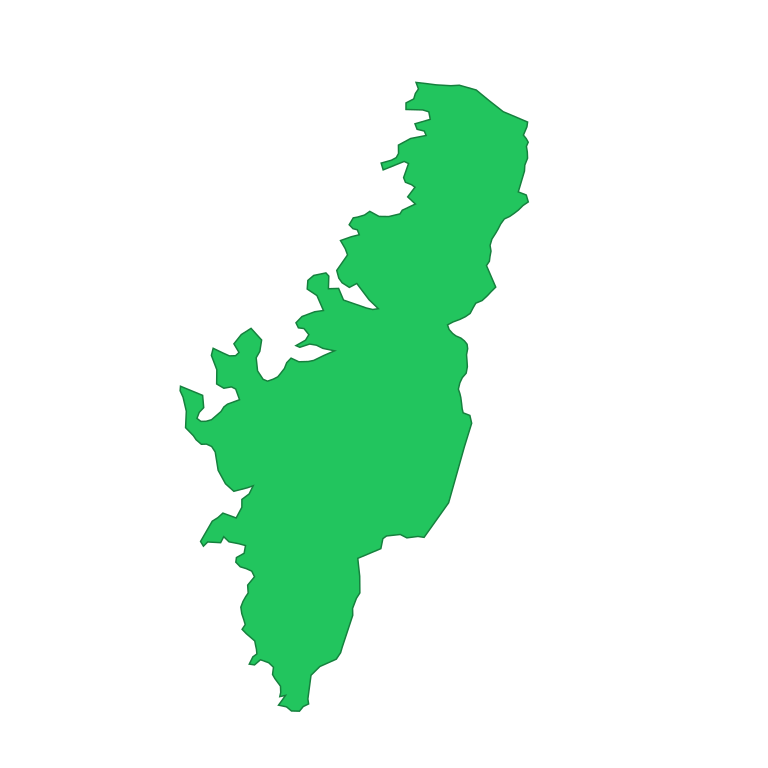 the district of São Nicolau, Rio Grande do Sul, Brazil, rotated 64°
{"feature_id": "56859067B99796327021212", "entity_name": "São Nicolau", "entity_type": "district", "adm_level": 2, "iso_a3": "BRA", "parent_name": "Brazil", "parent_adm1": "Rio Grande do Sul", "projection": "robinson", "projection_center": [-55.266, -28.189], "detail": "fine", "context": "isolated", "style": "filled", "palette": "green", "viewbox_px": 768, "rotation_deg": 64, "n_neighbors": 0, "source": "geoboundaries", "source_scale": "gbopen_adm2", "svg_char_len": 3518}
<svg xmlns="http://www.w3.org/2000/svg" viewBox="0 0 768 768"><g transform="rotate(64 384 384)"><path d="M519.1,378.0L475.7,339.3L457.7,322.4L449.9,320.6L444.6,325.5L440.5,324.6L435.5,322.8L429.8,320.9L425.8,320.0L421.2,319.4L416.2,315.3L412.6,310.8L410.3,305.4L405.0,301.5L399.2,299.1L393.9,297.0L388.9,293.3L384.7,291.9L380.6,292.8L376.5,294.7L372.3,298.3L368.6,300.2L363.6,301.6L358.7,301.0L358.5,294.7L359.2,287.5L359.2,281.3L358.3,275.6L354.5,270.4L351.6,266.1L352.0,259.2L349.9,252.2L348.0,247.3L345.9,241.1L322.5,240.0L319.9,235.5L315.8,232.8L311.5,229.6L305.9,227.9L301.0,223.4L297.6,217.8L294.8,213.6L291.4,209.1L288.4,203.5L288.5,197.6L287.7,192.4L286.6,187.0L284.5,180.8L283.6,174.5L276.5,173.3L270.2,179.1L254.2,164.4L249.0,161.5L244.0,156.0L238.3,153.5L232.8,151.8L229.9,148.4L225.8,148.6L221.4,149.6L215.5,142.8L211.5,140.1L196.5,153.1L191.5,157.5L175.8,165.1L164.9,170.1L160.2,172.2L148.5,185.3L145.2,193.2L138.0,206.0L132.2,214.8L127.0,223.0L133.9,223.7L136.6,228.4L140.8,232.3L141.0,241.0L146.9,243.9L154.6,229.1L159.0,224.4L166.4,226.4L163.7,242.1L169.6,242.6L174.3,236.9L179.1,237.2L175.0,252.5L175.6,266.3L183.2,269.9L185.9,273.8L186.1,279.3L184.2,289.7L191.2,290.9L192.8,268.3L196.6,265.3L207.1,275.9L212.1,276.3L216.9,271.9L220.7,269.9L226.2,280.7L236.0,276.9L235.8,291.4L238.1,295.0L235.6,306.3L231.2,315.0L222.6,321.1L223.6,327.5L222.4,334.6L221.2,338.8L225.6,345.5L230.8,343.8L233.7,340.4L239.0,340.8L237.3,348.9L236.0,360.2L245.5,359.5L252.0,360.2L261.2,376.7L269.0,378.2L274.6,377.3L282.0,372.8L281.7,364.4L301.7,360.5L313.8,356.1L312.1,361.5L307.9,366.6L290.8,383.6L278.2,382.9L274.0,392.2L262.8,386.3L258.7,387.5L255.6,399.6L257.5,407.0L265.0,411.4L275.1,405.5L291.4,406.2L288.7,414.6L287.4,428.1L290.4,436.3L296.0,436.3L299.1,431.6L306.7,429.9L310.2,435.3L310.9,446.3L314.1,443.6L315.5,433.3L319.5,427.7L325.2,423.3L332.5,413.9L332.0,425.5L332.0,436.8L330.6,442.2L326.7,450.8L320.0,456.2L322.2,462.1L326.4,466.7L329.1,472.2L331.0,476.3L331.1,481.3L330.4,487.4L326.8,490.6L316.8,491.9L304.4,487.4L300.2,481.3L290.8,474.7L275.7,479.1L277.0,490.6L282.1,501.3L292.1,500.5L293.5,505.0L291.0,510.6L285.6,515.1L277.0,521.9L282.6,526.6L297.9,528.0L310.6,534.4L317.6,529.8L319.7,522.4L323.5,519.5L334.8,520.7L333.5,533.5L334.4,537.9L337.3,542.6L340.5,554.7L339.5,560.3L337.3,565.0L332.9,567.2L328.5,562.5L326.2,556.4L314.7,552.0L296.8,567.9L300.7,570.2L307.8,570.4L321.8,573.6L336.3,581.5L346.9,578.0L351.8,577.3L358.1,574.6L360.2,569.9L364.6,566.3L371.1,565.5L388.9,570.9L404.2,570.2L414.6,566.0L417.4,552.2L418.1,546.2L423.7,553.4L425.4,562.3L432.5,565.8L439.6,575.6L429.4,585.4L431.3,591.9L432.0,598.5L445.1,617.9L450.6,617.4L448.7,611.7L455.0,600.4L451.0,595.0L457.9,592.5L464.0,584.4L468.5,579.3L474.8,583.9L475.3,592.7L479.2,595.3L485.3,593.3L489.5,588.8L494.2,584.9L500.5,584.9L505.0,594.7L512.3,597.7L514.7,601.8L517.6,606.0L521.8,610.5L528.1,612.5L534.8,613.4L539.4,614.2L542.3,619.1L548.1,617.2L558.3,612.8L562.3,613.9L566.4,614.9L570.9,616.6L571.7,621.4L576.7,627.9L579.7,623.5L577.7,615.9L584.0,609.8L590.1,607.5L596.2,611.5L601.0,611.2L610.2,609.5L615.9,612.0L619.3,614.7L620.7,609.0L624.0,615.0L626.4,619.6L631.4,613.2L637.3,610.5L641.0,603.4L638.5,598.0L638.5,592.0L633.7,590.5L613.8,577.3L609.8,565.5L610.4,547.5L606.5,540.8L602.2,536.9L578.2,513.5L571.9,510.6L564.5,502.7L561.2,497.3L546.1,490.1L536.9,486.8L529.2,484.0L530.6,459.0L522.5,452.8L521.7,448.3L526.4,435.3L532.3,430.9L535.9,420.3L539.4,415.2L519.1,378.0Z" fill="#22c55e" stroke="#15803d" stroke-width="1.5"/></g></svg>